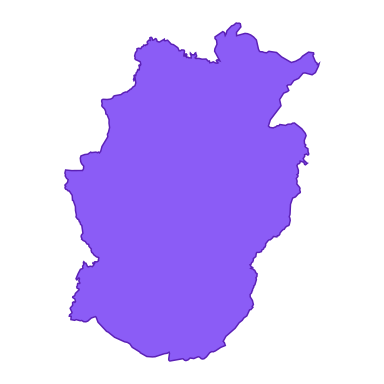 Bukama, Katanga, Democratic Republic of the Congo (Mercator projection)
{"feature_id": "63176286B12691977822681", "entity_name": "Bukama", "entity_type": "district", "adm_level": 2, "iso_a3": "COD", "parent_name": "Democratic Republic of the Congo", "parent_adm1": "Katanga", "projection": "mercator", "projection_center": [26.071, -8.833], "detail": "fine", "context": "isolated", "style": "filled", "palette": "violet", "viewbox_px": 384, "rotation_deg": 0, "n_neighbors": 0, "source": "geoboundaries", "source_scale": "gbopen_adm2", "svg_char_len": 5822}
<svg xmlns="http://www.w3.org/2000/svg" viewBox="0 0 384 384"><path d="M304.2,160.7L303.2,158.5L304.7,156.3L304.6,154.7L306.6,154.0L307.5,155.0L308.0,155.0L308.6,154.6L308.7,153.6L308.1,152.0L307.9,148.7L305.4,147.0L305.0,146.2L305.8,145.0L304.5,143.7L304.3,140.3L306.1,135.7L305.3,133.4L301.8,128.8L294.5,123.0L292.5,123.2L291.3,124.1L287.9,124.2L285.6,125.4L279.8,124.5L278.9,125.7L277.1,125.8L275.3,127.2L274.5,127.2L273.3,127.9L269.8,127.4L268.4,126.0L270.4,119.7L281.0,105.8L279.6,99.6L283.6,93.2L287.6,91.5L288.8,90.4L286.9,85.9L288.1,84.9L290.8,84.8L293.8,80.6L298.6,78.4L303.0,73.2L305.0,72.9L312.1,74.8L315.4,72.6L318.4,66.3L319.1,63.6L318.0,64.7L317.3,64.6L317.1,63.2L315.4,61.7L313.0,55.9L313.2,54.6L313.8,54.2L313.5,52.8L308.6,52.1L302.6,56.1L300.4,58.6L295.7,61.2L291.3,62.5L281.6,56.9L276.6,52.5L268.9,51.3L266.6,52.8L263.8,52.4L262.6,51.8L260.2,51.7L259.4,51.1L258.5,49.3L256.4,40.0L253.6,37.0L250.8,35.0L247.6,33.7L245.0,33.4L236.6,35.7L236.5,32.4L240.9,26.9L240.3,23.7L239.0,23.1L238.0,23.4L236.2,23.0L233.6,25.2L231.6,25.9L227.0,30.7L226.2,33.7L225.2,35.5L224.5,32.6L222.8,31.6L215.0,36.9L215.0,38.6L216.5,40.2L217.0,44.2L214.9,48.8L214.6,51.2L219.8,60.8L217.4,59.8L216.7,60.1L216.3,60.7L218.0,62.9L217.3,63.2L215.6,63.0L213.2,61.8L211.9,62.5L209.7,62.7L209.4,61.0L208.3,61.2L206.1,59.0L202.1,59.2L199.0,58.4L195.9,58.5L195.1,57.9L195.3,57.3L196.5,56.7L196.6,55.4L196.1,54.7L195.7,52.8L194.9,53.3L194.2,54.8L191.9,54.7L190.4,53.1L190.3,54.0L191.1,55.5L191.2,57.9L188.7,57.8L187.9,57.1L186.8,57.5L186.4,57.1L186.8,54.5L186.3,53.9L185.5,54.0L185.1,56.1L183.8,55.9L184.5,51.0L183.9,50.1L181.6,49.9L180.6,50.7L179.1,50.7L177.8,47.7L173.4,44.6L171.3,44.2L167.6,40.2L165.0,40.8L164.3,40.4L164.3,39.2L159.3,42.1L157.2,41.4L156.4,39.1L155.5,38.6L153.4,40.1L152.5,40.1L152.2,38.4L151.5,37.4L150.5,37.4L149.8,37.9L150.2,40.4L148.8,40.2L147.3,41.7L147.2,42.6L147.8,43.8L147.0,44.7L146.1,44.6L145.4,45.5L143.8,45.0L143.0,46.4L141.9,46.8L140.8,48.7L138.6,48.2L137.0,48.7L136.9,50.8L135.5,52.6L134.6,56.0L135.2,57.6L134.9,58.5L135.4,59.5L140.2,61.7L140.8,64.3L140.4,65.4L139.3,64.9L138.9,65.7L139.4,66.8L139.3,69.8L138.6,70.0L138.0,69.5L137.6,70.0L137.2,71.7L136.2,72.8L135.7,75.5L134.6,75.1L134.0,75.6L134.3,77.2L133.5,79.4L133.9,80.4L135.1,78.2L135.8,82.9L134.9,85.8L133.0,86.9L131.2,89.1L130.3,89.2L129.3,90.4L128.4,90.7L127.3,92.0L125.5,92.0L123.2,92.9L121.0,94.6L114.7,95.7L113.5,96.3L112.7,98.0L110.5,99.1L107.2,99.5L103.0,99.3L102.0,99.8L101.6,101.0L102.2,103.6L101.8,105.3L102.1,106.5L104.6,109.0L105.6,111.3L105.9,114.0L107.1,114.7L109.1,119.7L109.0,123.2L109.6,127.6L108.4,132.4L107.4,134.2L107.8,136.8L102.0,146.4L100.8,151.0L99.5,152.9L98.4,152.1L97.5,152.7L95.9,152.1L91.6,152.6L90.7,152.1L87.7,154.2L84.8,154.5L81.0,155.9L80.3,158.1L80.7,161.6L81.7,163.8L83.7,166.1L83.5,168.9L82.5,170.5L71.7,170.6L65.6,170.0L64.9,173.1L65.5,174.8L65.2,175.9L66.6,178.4L68.1,179.6L67.5,182.4L64.9,185.1L65.7,186.3L65.0,187.1L65.1,188.2L65.7,189.2L66.9,189.6L68.2,190.9L69.3,191.0L72.2,195.4L72.5,200.3L73.3,200.6L75.4,206.6L75.5,210.7L76.4,215.1L76.0,216.9L77.7,219.2L78.6,219.4L79.4,221.8L80.0,222.0L80.5,224.2L81.8,225.5L82.9,233.2L81.3,235.3L81.1,236.8L81.9,238.3L81.6,239.1L83.1,240.5L85.3,241.5L87.0,244.0L88.7,244.4L89.0,246.4L91.3,249.0L91.1,250.2L91.7,252.3L93.0,253.4L93.7,254.7L96.5,256.9L98.6,257.5L98.8,258.0L98.4,259.4L98.6,260.3L98.0,261.2L96.9,261.9L95.0,261.7L94.5,262.0L94.8,263.0L94.4,263.4L93.0,262.8L92.8,263.3L93.9,264.8L92.4,266.6L90.3,266.2L88.2,266.9L87.4,266.3L86.0,263.3L84.9,263.0L83.8,261.7L83.4,262.3L83.7,264.7L82.6,266.1L82.9,268.1L82.5,268.6L80.4,269.3L78.1,273.7L76.0,278.8L76.9,279.9L78.6,278.0L79.3,278.1L79.5,279.0L78.8,280.9L79.9,283.0L79.6,283.5L78.0,283.3L77.6,283.7L77.3,285.9L76.7,286.9L77.2,288.3L78.9,288.9L79.1,289.8L75.4,293.4L74.7,295.7L72.8,296.7L72.7,297.5L74.9,299.0L75.5,301.7L74.8,302.4L73.9,301.8L72.6,302.5L72.6,305.4L70.5,307.7L70.2,308.5L72.0,312.3L71.7,313.2L69.6,314.9L69.3,316.2L71.2,316.4L70.9,319.6L74.7,320.3L76.1,319.6L80.1,320.7L81.8,320.5L83.7,321.7L85.9,321.8L87.8,321.1L91.3,318.0L95.4,316.6L96.2,317.3L98.0,322.2L106.5,331.3L108.3,332.2L114.6,337.3L124.6,341.8L127.4,342.4L129.9,343.9L132.2,347.3L139.7,351.9L140.3,352.8L146.8,356.5L152.4,356.9L155.2,356.7L164.3,353.7L167.1,353.3L169.1,352.2L169.5,353.3L168.7,359.2L169.0,360.4L169.9,361.0L182.4,358.8L183.1,358.9L184.6,360.2L185.9,360.6L188.0,359.9L190.2,358.0L193.8,358.6L198.2,356.7L199.7,357.2L201.3,358.7L202.7,359.0L204.1,358.7L206.5,356.8L209.7,352.7L211.7,351.6L213.3,351.8L215.4,350.9L220.7,347.4L225.3,345.5L224.4,342.7L223.2,341.3L225.9,336.3L235.1,328.3L239.1,322.8L242.2,320.3L243.9,317.9L246.8,315.9L249.6,309.8L250.9,309.6L252.9,307.3L252.2,306.4L253.4,304.6L252.4,300.4L250.2,296.9L250.1,294.5L251.6,292.8L251.9,291.2L252.4,290.8L252.6,289.3L253.9,286.8L253.7,286.0L254.9,284.8L256.4,279.6L256.0,277.6L256.9,276.5L257.1,273.7L255.6,272.6L255.4,271.5L254.5,270.1L253.9,270.0L253.4,269.2L250.9,268.4L252.5,267.4L251.2,266.7L250.0,264.8L250.9,264.5L251.7,262.5L252.7,261.9L253.3,260.2L253.4,258.5L255.8,256.6L256.3,253.2L256.9,252.4L259.1,252.4L261.4,251.6L261.7,250.2L263.5,249.0L264.2,247.4L265.1,247.0L265.7,245.1L265.6,243.8L268.3,240.4L269.3,239.8L270.3,239.8L272.7,237.7L273.4,236.5L276.9,236.9L277.4,235.7L278.5,235.7L279.7,234.5L280.1,232.9L281.6,231.0L283.2,229.5L284.2,229.3L285.5,227.3L286.7,226.3L288.7,225.5L289.2,224.8L290.2,220.5L289.9,218.1L289.2,216.8L290.0,214.4L290.5,204.3L292.6,198.1L295.5,196.9L298.1,194.0L300.2,192.6L300.3,191.8L299.7,190.0L300.0,188.4L299.6,187.4L296.8,183.9L297.1,181.1L296.3,178.4L297.9,176.5L297.9,175.4L297.0,174.7L298.3,173.5L298.4,170.3L296.9,165.6L297.8,164.1L299.4,163.5L300.0,162.7L300.2,161.1L303.8,162.3L304.6,164.4L305.5,164.8L307.4,163.2L306.3,162.8L305.6,161.6L304.2,160.7Z" fill="#8b5cf6" stroke="#5b21b6" stroke-width="1.5"/></svg>